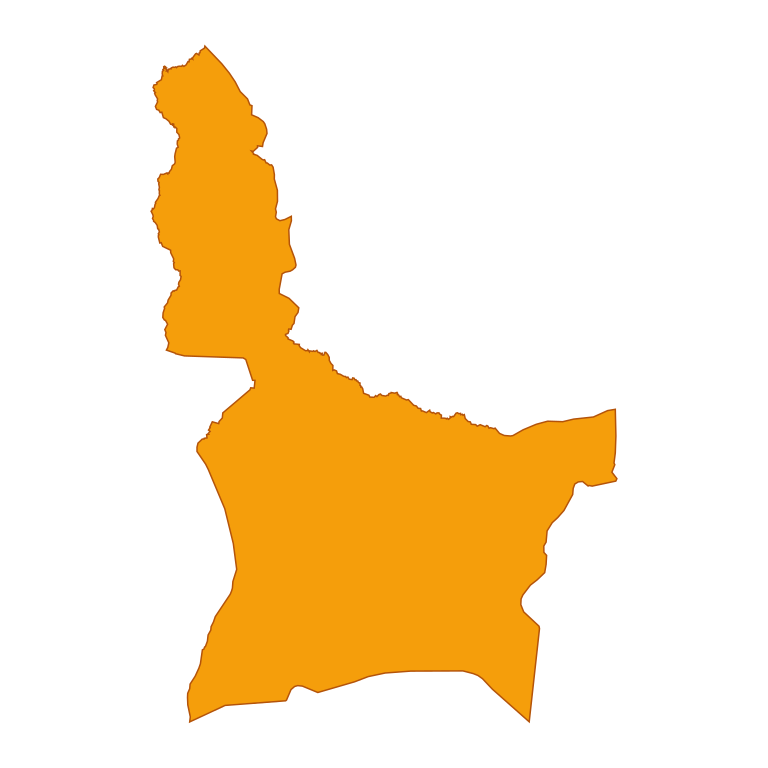 Huai Mek, Kalasin, Thailand (Natural Earth projection)
{"feature_id": "78962969B62836080496995", "entity_name": "Huai Mek", "entity_type": "district", "adm_level": 2, "iso_a3": "THA", "parent_name": "Thailand", "parent_adm1": "Kalasin", "projection": "natural_earth1", "projection_center": [103.224, 16.629], "detail": "fine", "context": "isolated", "style": "filled", "palette": "amber", "viewbox_px": 768, "rotation_deg": 0, "n_neighbors": 0, "source": "geoboundaries", "source_scale": "gbopen_adm2", "svg_char_len": 6067}
<svg xmlns="http://www.w3.org/2000/svg" viewBox="0 0 768 768"><path d="M189.7,721.9L225.1,705.4L285.6,700.8L286.5,700.1L291.0,689.6L294.6,686.5L297.7,685.6L302.4,686.1L317.8,692.5L354.6,681.8L368.2,676.6L385.2,673.0L410.7,671.1L462.9,670.9L473.3,673.6L478.0,675.5L482.5,678.7L492.4,689.2L529.2,721.8L539.5,628.6L539.0,626.2L523.7,611.9L520.8,604.6L521.1,598.9L522.9,594.9L530.4,585.1L537.2,579.8L544.7,572.6L546.1,564.4L546.6,555.4L543.9,552.4L543.8,546.0L546.1,542.1L547.1,530.9L552.2,522.7L557.7,517.6L564.0,510.4L572.7,494.5L573.2,488.4L574.8,484.0L578.3,481.9L582.6,481.5L588.1,486.0L589.0,485.5L592.2,486.1L615.8,481.1L616.9,478.7L611.9,472.2L614.8,464.7L614.0,463.0L615.3,452.9L615.9,436.0L615.3,409.3L607.6,410.6L593.4,417.0L573.7,419.1L562.7,421.7L547.6,421.2L536.2,424.3L523.1,429.8L512.9,435.6L510.6,436.0L504.3,435.5L499.5,433.4L495.1,428.1L494.0,428.7L490.5,427.7L489.1,428.2L487.9,426.1L486.8,425.5L485.1,426.7L480.2,424.7L477.2,426.2L475.7,424.6L471.3,424.3L470.3,421.9L468.1,421.5L465.2,418.5L464.3,414.6L463.0,415.3L462.4,414.3L460.7,414.7L460.5,413.4L458.9,413.7L457.5,412.8L456.1,413.1L453.6,416.6L452.4,416.4L451.3,417.2L450.2,416.6L450.2,417.9L448.5,419.3L447.2,418.2L446.6,418.9L445.1,418.2L441.3,418.1L441.4,415.1L439.7,414.1L439.0,412.9L437.0,412.9L435.8,413.9L433.3,412.5L432.3,413.0L430.1,411.7L429.7,410.2L426.4,412.6L422.5,410.9L421.4,411.0L420.6,408.5L418.1,408.3L416.4,406.0L413.7,405.3L408.3,399.6L406.5,400.0L401.4,397.8L400.8,396.3L399.6,396.7L398.6,394.9L397.4,394.6L397.6,393.3L397.0,392.4L394.8,393.2L391.2,392.5L391.1,393.0L388.9,393.6L388.3,395.4L387.3,395.2L385.7,396.1L381.7,395.4L380.5,394.0L379.0,394.5L376.9,396.6L375.7,395.6L374.1,397.3L369.9,397.1L368.9,395.2L363.6,393.3L362.7,388.7L361.7,387.0L360.9,387.2L360.7,385.7L360.0,385.4L360.0,383.0L358.5,382.6L357.7,381.0L356.5,380.9L356.0,379.7L354.8,379.7L354.1,378.2L352.7,377.9L352.1,379.6L349.2,379.2L347.9,377.1L346.4,377.6L345.6,376.5L343.9,376.4L340.3,374.3L337.4,373.6L336.5,370.9L334.1,369.9L332.8,370.4L332.9,365.5L331.0,363.5L329.3,360.4L329.2,357.3L327.7,354.5L325.8,352.4L325.0,352.3L323.8,355.1L322.5,355.1L322.0,354.7L322.2,353.6L321.2,354.3L321.0,353.3L320.0,353.3L319.7,352.6L318.1,352.4L316.9,350.4L315.0,351.5L313.5,350.8L312.9,351.4L309.8,350.9L309.4,351.9L307.9,349.7L307.5,350.6L305.5,350.7L300.5,347.6L299.1,345.5L299.3,344.4L294.1,343.9L293.5,343.1L294.0,342.1L292.9,341.0L288.0,338.9L288.1,337.8L285.6,335.6L285.5,334.4L288.0,333.4L288.9,330.9L288.4,330.2L288.8,329.0L291.1,329.3L292.4,325.2L294.0,323.4L295.0,316.7L298.0,312.5L298.8,307.8L289.0,298.3L279.3,293.5L279.2,289.4L282.1,273.8L285.1,272.2L290.1,271.2L292.6,269.8L295.4,267.3L296.0,265.0L294.6,258.3L289.4,244.3L288.8,229.7L291.4,220.8L291.3,216.3L284.9,219.5L279.9,220.7L276.4,218.8L275.5,216.7L276.3,212.2L275.5,208.9L277.5,201.3L277.4,190.3L274.3,179.0L274.4,174.7L273.1,167.2L271.6,164.9L269.7,165.0L267.3,163.0L266.1,162.9L264.6,159.7L263.7,160.0L262.1,159.4L257.2,155.4L253.5,154.2L253.6,153.5L251.5,151.0L253.2,151.4L257.6,147.4L257.5,145.8L262.5,146.5L263.1,142.7L267.0,133.5L266.6,129.2L264.8,123.8L263.3,121.6L258.2,117.7L251.6,114.8L252.0,105.7L249.9,104.9L247.5,98.9L240.2,91.6L235.2,81.9L229.3,73.1L221.8,63.8L204.9,46.1L204.5,48.1L200.2,50.8L200.0,52.7L199.2,53.0L198.9,55.0L196.5,53.4L195.5,53.9L192.5,58.0L192.7,59.1L191.6,58.3L191.1,59.1L189.4,59.3L189.0,61.8L188.0,61.6L186.1,64.9L183.9,66.4L182.4,65.3L181.7,66.3L179.1,66.2L177.4,66.6L176.5,67.6L175.7,66.9L174.3,67.4L173.1,67.1L171.3,67.9L171.1,68.8L170.4,68.6L168.5,69.6L168.3,68.6L167.8,71.7L167.2,70.8L166.4,71.0L166.7,69.9L165.9,68.9L166.3,68.0L165.2,68.2L165.6,66.9L164.6,66.2L163.7,66.7L163.9,68.5L162.9,69.6L163.5,70.4L162.4,71.3L162.2,73.9L162.8,75.9L162.1,76.0L161.4,79.7L156.6,82.6L157.1,83.5L156.7,84.4L153.9,85.0L153.1,87.6L154.3,88.7L154.4,90.0L153.7,90.7L155.4,92.6L154.6,93.2L155.2,94.9L157.6,98.9L157.2,100.5L157.6,101.9L155.4,106.4L156.6,109.4L158.8,110.2L160.2,112.6L161.8,112.2L163.4,117.6L166.0,118.8L169.0,121.3L170.6,124.2L171.7,124.3L172.7,125.3L173.1,125.0L172.9,123.9L173.7,124.1L173.8,126.9L174.6,126.9L175.0,127.7L175.5,127.3L176.8,128.5L176.8,132.2L178.9,134.5L179.6,137.5L179.5,138.3L178.5,138.9L178.4,140.1L177.4,140.9L177.2,144.1L178.2,147.2L176.5,148.2L175.1,153.8L174.7,156.7L175.2,162.4L174.5,164.0L172.3,165.7L171.4,169.3L169.6,171.4L169.1,173.1L168.1,172.9L167.8,174.0L166.7,173.0L163.5,174.4L160.6,174.3L159.2,177.6L157.8,179.0L158.0,181.3L159.1,182.6L158.7,183.8L159.4,187.3L158.9,189.9L159.4,190.5L159.3,194.0L159.9,195.4L159.2,195.7L158.1,198.4L155.4,202.3L155.7,203.5L155.1,204.2L154.4,207.7L153.2,209.0L152.4,208.5L151.9,210.6L151.1,211.2L152.9,214.9L153.2,216.5L152.5,218.5L153.6,220.3L153.6,221.3L155.2,222.5L157.2,225.4L157.7,228.8L158.6,229.2L159.4,232.0L158.3,233.7L158.9,234.8L158.4,235.2L158.3,237.0L159.8,243.0L161.2,242.7L162.7,246.4L170.6,250.2L170.7,252.7L173.7,258.9L173.3,261.6L174.3,262.6L173.6,263.7L174.0,267.8L175.6,269.7L177.8,269.8L178.6,271.0L180.1,270.9L180.1,275.5L181.1,276.4L180.5,279.8L178.9,282.2L178.5,284.2L179.3,286.3L178.2,286.9L176.6,290.1L175.0,290.3L174.1,291.2L173.2,290.8L171.1,293.0L171.0,295.3L168.1,300.1L167.6,302.8L164.2,307.0L164.6,308.3L163.1,312.9L162.8,317.5L164.4,320.0L165.5,320.4L167.6,324.2L164.8,329.6L166.0,332.6L165.4,335.3L168.8,342.8L167.8,347.4L166.4,350.1L175.1,353.1L175.5,353.7L184.5,355.9L243.1,357.9L245.8,359.5L252.6,380.3L255.0,380.4L254.2,388.1L250.7,387.8L250.0,389.8L222.8,412.9L222.3,418.0L219.1,421.5L218.7,423.6L212.3,421.8L209.8,427.1L210.2,427.6L208.5,430.1L210.1,431.4L208.0,433.7L208.6,434.3L206.6,434.6L207.0,437.9L204.2,438.3L204.1,439.0L202.2,439.1L201.3,440.0L198.0,443.1L197.0,447.2L197.0,451.5L205.6,464.1L208.3,469.5L224.8,508.8L233.3,543.5L236.7,569.4L232.9,581.5L232.4,588.2L231.5,591.2L230.2,594.3L215.3,616.6L213.5,621.9L211.1,626.7L210.8,630.1L208.1,635.0L207.4,641.2L205.4,646.6L204.6,647.0L203.9,649.1L202.4,649.8L200.4,663.8L198.9,668.1L195.2,676.2L190.1,684.1L189.7,688.7L187.7,693.3L187.5,697.5L187.8,704.9L190.3,716.9L189.7,721.9Z" fill="#f59e0b" stroke="#b45309" stroke-width="1.5"/></svg>